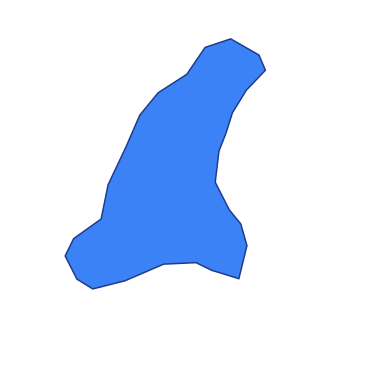 the district of Egkomi Lefkosias, Nicosia, Cyprus, rotated 316°
{"feature_id": "46923920B18592714961636", "entity_name": "Egkomi Lefkosias", "entity_type": "district", "adm_level": 2, "iso_a3": "CYP", "parent_name": "Cyprus", "parent_adm1": "Nicosia", "projection": "equal_earth", "projection_center": [33.317, 35.151], "detail": "fine", "context": "isolated", "style": "filled", "palette": "blue", "viewbox_px": 384, "rotation_deg": 316, "n_neighbors": 0, "source": "geoboundaries", "source_scale": "gbopen_adm2", "svg_char_len": 523}
<svg xmlns="http://www.w3.org/2000/svg" viewBox="0 0 384 384"><g transform="rotate(316 192 192)"><path d="M329.4,155.4L335.3,140.0L326.2,108.7L301.9,97.1L270.1,103.7L236.7,97.1L207.9,100.4L176.1,113.6L136.7,128.5L107.9,148.3L74.5,143.3L56.3,149.9L48.7,174.7L51.0,183.9L53.3,192.8L82.1,209.3L121.5,224.2L145.8,245.6L151.8,262.1L165.5,286.9L174.7,281.1L194.3,268.7L204.9,248.9L206.4,230.8L215.5,201.1L239.8,181.3L257.9,173.0L276.1,163.1L301.9,156.5L329.4,155.4Z" fill="#3b82f6" stroke="#1e3a8a" stroke-width="1.5"/></g></svg>